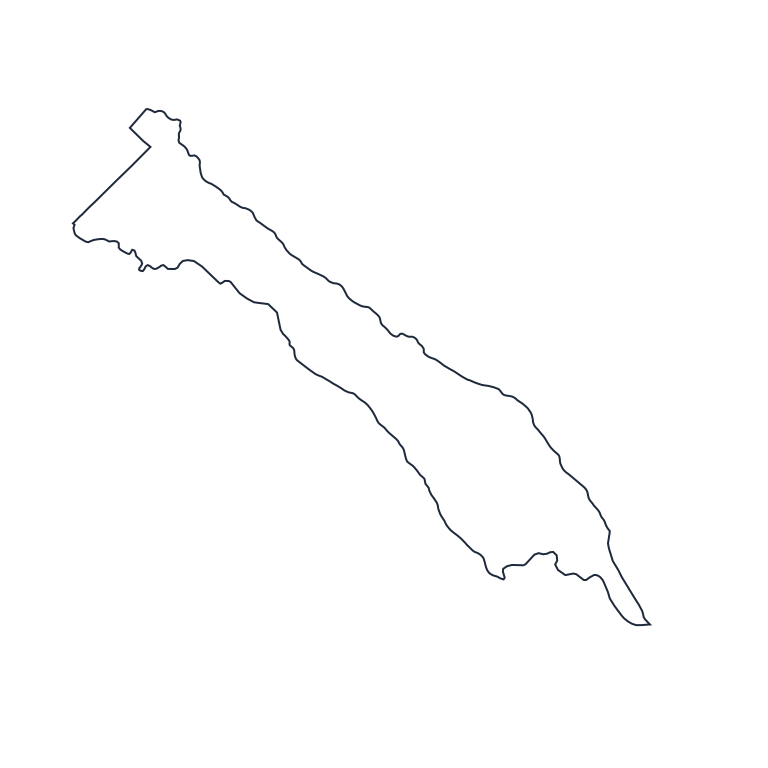 Cuyotenango, Suchitepéquez, Guatemala (Robinson projection), rotated 127°
{"feature_id": "79465075B79840770909304", "entity_name": "Cuyotenango", "entity_type": "district", "adm_level": 2, "iso_a3": "GTM", "parent_name": "Guatemala", "parent_adm1": "Suchitepéquez", "projection": "robinson", "projection_center": [-91.565, 14.495], "detail": "fine", "context": "isolated", "style": "outline", "palette": "slate", "viewbox_px": 768, "rotation_deg": 127, "n_neighbors": 0, "source": "geoboundaries", "source_scale": "gbopen_adm2", "svg_char_len": 6143}
<svg xmlns="http://www.w3.org/2000/svg" viewBox="0 0 768 768"><g transform="rotate(127 384 384)"><path d="M469.2,174.2L468.1,170.9L466.1,171.0L462.4,176.0L459.9,177.6L455.5,176.1L451.5,172.9L444.9,163.6L442.9,162.5L429.8,161.2L426.0,158.7L424.2,154.4L421.5,151.7L418.4,150.1L416.3,147.8L416.9,143.0L420.8,139.4L425.1,138.7L427.8,133.2L427.5,124.2L421.4,118.7L420.2,115.9L420.3,106.5L418.9,104.6L414.8,103.4L410.3,101.4L409.1,100.0L408.3,97.9L408.1,95.6L408.4,93.7L409.1,90.9L415.3,80.1L419.4,74.6L422.6,66.2L426.0,54.6L426.7,50.9L426.8,45.9L426.2,41.4L424.8,37.5L421.8,33.5L416.0,26.9L414.9,33.7L413.9,36.3L411.4,39.1L409.6,41.8L406.7,48.2L404.1,55.2L395.1,77.9L391.7,84.7L387.7,94.7L379.9,105.5L376.5,109.2L367.3,114.1L365.5,115.3L365.2,116.8L364.4,119.2L363.2,121.8L361.4,124.5L360.6,126.0L359.9,128.0L359.5,129.9L358.4,132.1L357.2,133.9L356.3,135.9L355.9,137.3L355.3,140.3L354.8,143.0L353.9,145.7L353.4,148.0L352.8,150.1L352.1,151.6L350.1,154.1L348.3,156.0L347.1,158.0L346.5,159.4L346.0,162.1L345.9,163.7L345.1,178.6L345.0,180.9L344.9,182.8L345.0,185.2L344.8,186.9L344.6,188.6L344.0,190.5L341.9,194.5L341.0,195.8L339.4,197.4L337.5,199.0L336.0,200.9L335.5,202.7L335.2,207.7L334.9,209.6L334.4,212.5L333.7,214.8L333.0,216.7L331.3,220.9L330.6,222.6L330.0,224.3L329.6,226.0L328.5,231.0L327.9,233.1L327.5,235.5L327.2,237.5L326.4,239.5L324.7,242.1L323.0,243.6L321.1,245.7L319.7,247.5L318.5,249.6L317.0,254.1L316.7,255.9L316.4,259.8L316.3,261.6L316.6,265.8L316.7,267.9L316.4,270.1L316.6,272.8L317.1,274.6L320.4,281.0L320.6,283.0L320.1,285.1L319.5,287.0L319.1,289.4L320.5,294.3L322.5,299.1L325.2,304.0L325.9,305.5L327.0,308.6L328.3,312.9L329.4,317.7L330.2,319.7L330.6,322.0L331.1,325.9L331.4,330.6L331.7,335.6L332.5,341.0L332.8,344.0L333.1,346.1L333.2,348.3L333.1,350.6L333.2,355.3L333.3,357.0L333.6,358.5L334.8,362.3L335.4,364.6L335.5,369.1L334.9,371.1L333.3,372.4L331.9,373.6L330.8,376.8L330.8,379.3L330.4,381.7L329.2,383.8L328.7,385.3L328.6,387.4L329.1,389.7L331.3,392.6L332.1,395.1L332.4,397.5L332.8,399.7L334.2,401.2L336.8,401.4L338.4,402.2L339.2,403.7L339.8,405.6L339.9,407.5L339.9,409.2L338.6,414.1L338.3,416.2L338.1,417.8L338.0,420.6L337.2,423.1L334.1,426.7L333.1,428.5L332.6,431.6L332.5,433.3L332.4,436.1L331.9,440.3L331.9,442.1L332.5,443.6L333.7,445.5L335.2,448.5L335.8,451.1L336.1,453.2L336.7,456.9L336.8,460.1L336.5,464.0L335.9,466.4L334.8,468.5L332.1,474.2L331.5,476.3L331.3,478.2L331.4,479.8L332.4,482.7L333.7,484.5L334.3,486.4L334.9,488.7L335.0,490.4L334.4,494.2L334.5,496.9L335.9,503.7L336.4,505.6L337.0,508.0L337.3,510.5L337.5,519.5L337.3,522.1L336.4,523.7L335.9,525.7L335.8,527.2L336.0,529.4L336.6,534.8L336.7,537.7L336.1,540.6L335.8,542.4L334.7,545.4L332.8,548.9L332.4,550.8L332.0,555.3L331.8,557.0L331.1,558.8L329.9,560.5L329.2,562.5L329.0,564.7L329.8,570.8L329.9,579.9L330.1,582.5L330.1,584.4L328.6,587.8L327.4,589.8L326.3,591.7L325.9,594.3L326.0,596.7L326.9,600.2L328.5,603.2L329.0,605.4L329.3,610.1L329.6,612.8L330.1,615.1L329.6,617.6L328.9,619.3L328.6,621.4L328.8,623.5L329.2,626.0L328.2,628.1L327.6,630.3L327.4,633.1L327.6,637.9L328.1,642.8L328.7,644.2L329.1,646.8L329.3,648.6L329.1,650.9L328.6,653.2L327.5,655.0L325.8,657.4L324.7,658.5L323.0,660.2L321.3,662.0L319.8,663.2L317.6,664.5L316.2,666.1L315.4,668.5L315.1,670.6L315.5,672.9L317.1,674.5L318.3,675.9L318.5,677.4L317.5,679.1L315.5,682.1L314.9,683.9L314.5,685.9L314.4,688.0L314.5,690.4L314.5,692.9L313.1,694.7L310.1,696.3L309.0,697.3L307.4,698.6L304.4,699.1L303.2,699.5L301.5,701.2L300.5,702.7L299.0,703.2L297.2,704.1L296.4,705.3L297.2,708.5L299.0,710.1L300.3,711.9L300.8,713.2L301.1,715.0L301.1,717.2L300.7,719.2L299.9,721.1L299.4,723.0L299.6,724.9L300.3,726.7L301.8,728.6L304.9,730.6L305.6,735.2L306.6,738.0L307.6,739.3L332.4,741.1L334.8,722.8L335.2,713.2L361.6,716.8L382.6,720.1L412.0,724.4L420.2,725.8L431.0,727.2L432.8,727.7L439.6,728.5L442.9,729.1L443.1,726.9L446.3,725.9L448.0,724.0L449.9,721.6L450.6,719.9L450.7,718.3L450.6,714.6L449.8,707.8L448.8,705.6L445.7,703.8L443.7,702.5L440.8,699.8L438.5,697.3L437.4,695.9L436.5,694.1L435.5,689.1L433.8,687.4L432.0,685.2L431.0,683.0L431.2,680.6L432.8,679.3L434.7,677.9L435.3,675.6L435.2,673.7L434.7,669.9L434.3,667.7L433.6,665.8L431.7,665.4L430.1,665.7L428.3,665.8L427.6,663.6L428.6,661.8L430.9,658.9L431.2,656.8L431.7,652.0L433.4,649.6L435.5,649.1L438.5,649.1L440.1,648.5L440.1,646.6L439.0,644.6L437.5,644.5L436.1,644.6L434.6,645.0L433.0,645.0L431.2,644.2L430.7,641.8L430.8,639.1L430.6,637.2L429.3,635.4L427.5,634.5L425.3,633.6L423.6,633.2L421.8,631.8L421.8,629.4L422.1,625.8L418.1,620.3L415.4,618.9L411.0,619.4L406.8,618.7L403.3,615.4L400.2,609.9L399.7,600.0L402.4,577.4L402.3,575.0L400.4,574.1L397.5,573.2L395.2,570.0L394.8,568.0L398.4,554.1L398.2,545.1L397.0,537.1L395.2,533.8L389.9,524.6L391.3,512.5L402.9,499.3L404.8,494.6L405.0,492.2L405.5,489.5L405.9,487.7L406.4,485.9L407.4,484.4L408.8,483.7L409.8,482.5L409.9,480.1L410.0,478.0L410.9,476.2L412.6,474.7L415.0,472.4L416.0,471.0L417.0,469.2L417.4,467.6L417.4,465.5L417.5,457.0L417.5,451.3L417.3,444.4L416.4,440.7L415.6,438.1L414.5,428.6L414.3,425.2L413.7,421.1L413.5,419.5L413.1,415.1L413.0,412.1L412.3,408.5L411.7,406.6L410.4,404.0L409.9,402.5L409.9,400.5L410.3,398.0L410.6,395.4L410.6,392.8L410.3,388.0L410.6,384.6L411.3,381.7L412.2,378.5L413.0,376.3L414.1,373.7L415.3,371.2L416.2,369.4L417.4,367.3L418.4,364.8L418.6,362.8L418.6,357.7L419.1,355.2L419.6,353.2L420.0,350.6L420.6,341.0L421.2,338.1L422.2,336.3L423.0,333.8L423.5,331.0L424.7,328.5L430.3,321.7L431.9,319.1L432.1,317.2L432.0,311.8L432.3,309.8L432.8,307.7L433.2,305.8L434.9,300.4L435.0,298.2L435.2,295.6L435.7,294.2L437.2,292.6L438.8,290.8L439.4,288.1L440.1,285.7L441.6,284.1L443.1,281.4L444.1,279.3L445.2,275.5L447.1,270.3L448.7,267.8L449.7,266.9L451.1,265.4L453.7,261.4L454.7,259.6L457.0,253.2L457.8,251.9L459.0,249.3L459.8,246.7L460.6,243.0L460.8,240.0L460.8,234.5L461.1,229.2L462.1,223.0L462.7,220.6L462.8,218.8L463.2,216.4L463.6,212.8L463.5,210.5L462.6,207.3L462.4,205.2L462.4,203.5L462.8,200.8L463.4,199.5L465.7,196.3L468.3,193.1L469.4,191.5L470.4,189.8L471.0,188.4L471.5,186.7L471.6,184.5L471.3,182.1L470.7,180.4L469.6,177.4L469.2,174.2Z" fill="none" stroke="#1e293b" stroke-width="2"/></g></svg>